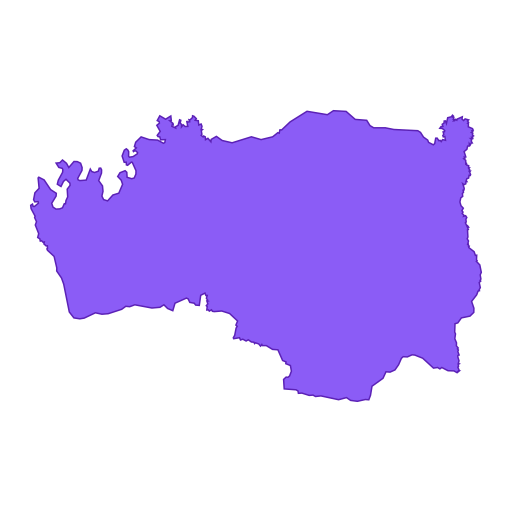 the district of Kusuman, Sakon Nakhon, Thailand
{"feature_id": "78962969B62467270664056", "entity_name": "Kusuman", "entity_type": "district", "adm_level": 2, "iso_a3": "THA", "parent_name": "Thailand", "parent_adm1": "Sakon Nakhon", "projection": "equal_earth", "projection_center": [104.295, 17.348], "detail": "fine", "context": "isolated", "style": "filled", "palette": "violet", "viewbox_px": 512, "rotation_deg": 0, "n_neighbors": 0, "source": "geoboundaries", "source_scale": "gbopen_adm2", "svg_char_len": 6047}
<svg xmlns="http://www.w3.org/2000/svg" viewBox="0 0 512 512"><path d="M467.9,237.0L467.5,229.8L468.3,229.5L467.5,227.4L468.6,227.2L467.6,225.8L467.1,226.5L465.4,222.8L466.2,222.0L465.9,219.2L466.8,217.5L465.6,215.7L463.6,216.3L464.0,215.3L462.2,213.5L463.0,212.1L461.9,210.7L463.3,208.2L461.0,205.7L459.9,202.0L460.8,197.8L462.7,196.4L462.4,193.5L463.5,192.3L463.1,190.2L464.0,190.0L464.2,188.3L462.8,183.8L464.0,184.7L465.8,183.8L465.9,181.6L466.9,181.6L466.2,180.5L466.9,178.6L468.6,178.1L469.1,175.3L470.2,175.5L470.6,174.6L469.6,172.0L470.3,171.1L469.2,171.0L469.7,169.8L468.7,168.5L469.4,167.8L468.5,167.6L468.7,165.7L466.8,165.1L466.5,163.6L465.8,164.0L465.7,160.3L463.7,158.7L464.9,158.1L464.3,157.1L465.8,156.9L464.1,151.6L466.9,149.3L467.6,146.1L469.3,146.0L469.3,143.7L470.2,145.0L471.3,142.9L472.2,142.9L471.3,141.2L471.6,139.4L470.8,138.7L471.9,138.8L471.6,137.6L472.7,138.1L472.4,136.6L473.5,135.9L472.4,135.0L472.8,133.2L471.4,132.5L472.7,131.5L472.0,130.7L473.2,130.2L472.5,128.6L468.3,126.8L468.4,123.6L467.7,123.3L468.6,122.4L467.5,121.0L468.6,119.9L465.1,118.9L463.6,120.5L462.0,119.1L462.3,116.8L457.1,119.1L456.8,120.2L455.5,119.4L454.6,120.7L453.7,120.8L454.6,119.7L453.3,119.4L453.9,117.8L452.5,117.0L453.5,116.2L452.5,115.2L451.3,116.8L447.7,117.7L446.4,123.5L445.4,120.9L444.2,121.0L444.0,123.1L442.2,124.3L442.9,126.4L441.0,126.6L439.8,128.3L442.3,128.5L444.7,130.5L444.5,131.7L443.1,131.9L443.8,134.3L442.8,135.5L443.3,136.9L444.8,136.4L445.5,140.3L442.6,139.6L441.2,141.6L440.2,140.4L438.9,140.7L437.1,138.1L435.7,138.2L434.7,143.6L433.3,144.8L428.6,142.4L427.7,140.1L423.5,137.1L420.5,132.4L417.8,130.7L393.9,129.5L385.3,127.8L373.7,127.8L370.0,125.6L366.7,120.3L355.2,119.4L346.1,111.4L333.4,110.7L327.4,114.7L307.0,111.3L290.1,121.9L281.7,129.9L279.9,129.9L279.2,133.2L277.8,132.7L272.7,136.8L261.1,139.6L251.4,136.8L232.1,142.8L222.2,140.5L216.4,136.4L211.2,139.4L210.9,141.8L207.9,138.3L205.5,139.7L205.3,136.9L203.7,136.0L203.1,136.9L201.2,135.4L201.9,134.3L201.3,130.6L202.4,129.6L201.2,129.4L202.0,126.3L201.1,124.0L198.8,125.0L198.3,120.7L195.2,120.3L196.3,118.6L193.9,116.2L192.6,115.8L192.5,117.5L190.0,119.9L189.0,119.7L189.7,121.7L187.5,122.1L186.7,120.9L187.8,126.4L185.1,126.5L183.2,124.8L181.5,126.9L181.6,124.4L180.2,123.1L180.8,120.3L179.6,119.8L178.1,125.3L175.3,126.9L175.6,128.0L171.9,126.3L172.4,124.0L173.2,124.6L173.0,123.4L169.7,120.7L171.3,120.5L170.8,116.0L165.6,119.2L159.8,115.8L157.2,120.6L159.2,121.6L159.4,123.2L156.8,125.3L160.2,131.4L157.2,135.4L158.0,136.6L159.8,136.9L160.6,139.8L165.4,139.6L164.8,142.5L163.5,143.3L157.6,140.1L149.2,139.6L141.1,136.9L135.7,142.2L134.4,146.6L136.3,147.9L133.1,150.8L133.5,151.6L134.9,150.7L136.3,151.3L137.6,152.7L137.3,153.8L133.1,156.6L129.4,157.2L128.6,156.2L128.7,151.7L127.8,150.0L126.3,148.8L124.3,150.2L122.1,156.0L124.2,162.3L126.2,162.2L126.4,164.9L127.6,165.3L131.4,162.1L132.3,162.4L136.0,170.7L135.9,174.1L134.2,178.0L131.7,178.7L127.1,177.3L126.8,172.3L125.1,170.7L120.0,172.7L117.7,176.5L121.2,180.2L122.6,184.3L118.8,193.2L112.9,195.0L107.6,200.9L103.6,199.6L101.9,196.1L103.0,191.3L102.5,185.9L98.7,180.6L101.5,173.1L101.6,169.9L100.7,168.1L99.2,168.2L98.3,171.2L94.5,172.5L91.7,171.5L90.3,169.1L86.2,180.1L79.8,180.6L78.1,179.8L77.7,178.4L82.0,170.4L82.1,167.5L80.6,163.2L77.3,161.6L74.0,161.5L68.8,167.5L66.5,163.3L62.5,160.0L59.8,162.7L56.1,163.1L58.8,167.4L62.3,168.4L62.8,169.7L62.6,172.3L58.3,180.2L57.3,184.2L61.0,186.5L63.5,181.4L66.0,179.3L69.9,183.1L70.1,185.3L67.2,189.2L67.7,196.9L66.0,200.5L65.5,203.8L64.3,203.7L62.5,207.8L59.7,208.9L56.0,209.1L53.0,207.1L51.7,203.3L56.1,196.1L56.3,193.3L50.6,189.6L44.1,179.9L38.8,177.2L38.1,178.0L39.1,188.3L34.9,192.8L33.6,199.7L34.8,201.9L38.1,201.6L38.4,203.2L34.4,206.5L33.1,206.4L32.5,204.1L30.7,205.3L31.1,208.7L35.1,216.2L34.6,217.5L36.5,221.7L35.3,225.0L38.7,233.6L37.7,237.5L39.8,238.8L40.3,241.1L41.5,240.7L43.1,242.3L44.3,242.0L43.9,243.9L46.1,245.9L47.4,245.8L47.5,248.4L46.9,248.9L47.5,250.3L54.1,256.4L56.8,268.0L56.7,271.0L61.5,278.0L63.7,284.1L69.3,312.0L73.9,317.9L79.8,318.8L84.2,318.1L95.4,312.8L101.9,314.2L108.2,313.7L121.7,309.3L125.8,306.3L129.7,306.7L134.8,304.8L151.9,308.0L160.0,307.3L163.9,304.8L167.6,308.5L172.8,310.7L175.0,303.2L186.4,298.1L188.1,298.8L189.8,302.4L194.2,303.2L195.7,305.1L199.3,305.4L200.7,295.3L205.0,293.1L205.9,295.5L207.2,295.5L206.4,298.3L207.5,299.9L206.9,300.7L207.8,301.1L207.0,301.4L207.8,303.9L206.3,305.7L207.2,306.6L206.8,310.0L208.4,309.9L209.3,311.1L211.5,309.8L212.4,311.3L214.3,311.6L221.7,311.0L229.6,313.5L237.6,321.0L235.9,325.1L237.2,326.3L236.1,328.1L234.7,335.3L233.3,337.8L233.7,338.7L239.5,337.7L240.5,340.0L242.8,339.2L246.1,341.0L248.3,339.8L251.4,342.0L253.9,342.2L254.6,343.6L255.4,342.8L258.7,343.9L260.5,346.1L261.8,344.5L262.3,345.6L266.3,345.6L272.5,349.4L277.9,349.8L282.6,360.5L286.0,361.9L285.8,363.7L290.4,365.5L291.4,371.2L289.6,375.9L288.0,377.3L286.1,377.1L283.6,379.4L284.2,388.9L296.1,389.8L298.0,391.0L298.4,393.3L301.9,393.1L309.2,395.4L313.0,395.1L315.5,396.5L320.9,395.9L338.6,399.7L346.5,397.6L350.6,400.4L357.4,401.3L365.4,399.5L368.8,399.8L370.5,395.3L372.0,386.2L383.0,378.3L386.0,371.8L390.1,372.1L395.0,369.9L398.6,364.7L401.4,358.3L403.2,356.7L407.4,356.9L412.1,354.8L414.9,355.1L422.7,358.2L433.5,368.1L437.6,367.5L439.9,368.9L441.8,367.5L448.0,370.7L453.9,370.9L457.1,372.7L459.2,371.0L458.3,371.0L459.1,370.1L457.8,367.1L458.5,366.5L458.2,364.3L459.2,363.8L458.3,363.4L459.0,360.8L457.8,356.8L457.9,355.4L459.1,355.0L457.8,351.5L458.4,350.0L457.4,348.9L458.2,348.0L456.4,345.9L456.5,342.8L454.8,338.7L455.5,333.9L454.7,332.1L455.0,323.7L457.8,322.9L461.4,317.9L470.0,316.1L473.8,312.4L473.9,308.2L471.6,301.4L476.7,294.8L478.0,291.2L479.4,290.7L479.0,290.1L480.3,287.6L479.2,282.5L480.7,281.1L480.1,280.5L480.9,279.0L480.2,274.9L481.3,272.4L479.8,264.9L476.4,261.4L477.1,260.7L476.5,259.8L476.7,255.2L475.4,255.4L474.1,251.7L468.8,247.6L469.2,246.2L468.5,246.2L468.3,244.1L467.7,244.2L468.5,241.0L467.2,238.8L467.9,237.0Z" fill="#8b5cf6" stroke="#5b21b6" stroke-width="1.5"/></svg>